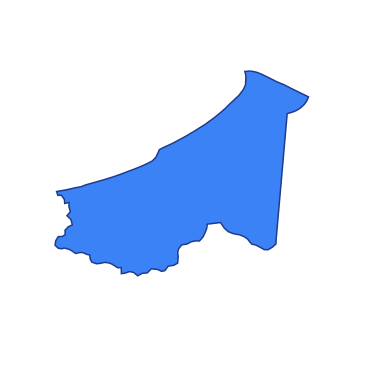 Itapoá, Santa Catarina, Brazil (Natural Earth projection), rotated 244°
{"feature_id": "56859067B97691755303432", "entity_name": "Itapoá", "entity_type": "district", "adm_level": 2, "iso_a3": "BRA", "parent_name": "Brazil", "parent_adm1": "Santa Catarina", "projection": "natural_earth1", "projection_center": [-48.647, -26.082], "detail": "fine", "context": "isolated", "style": "filled", "palette": "blue", "viewbox_px": 384, "rotation_deg": 244, "n_neighbors": 0, "source": "geoboundaries", "source_scale": "gbopen_adm2", "svg_char_len": 1971}
<svg xmlns="http://www.w3.org/2000/svg" viewBox="0 0 384 384"><g transform="rotate(244 192 192)"><path d="M168.0,78.5L167.0,82.7L164.6,86.3L162.2,88.5L159.6,90.1L156.5,92.0L155.1,95.2L152.3,94.0L149.6,92.7L148.4,96.2L147.9,100.9L145.2,104.4L140.5,106.4L140.7,111.7L138.9,116.3L140.8,121.8L137.4,127.2L134.1,129.8L133.2,133.1L135.8,138.0L134.1,143.6L134.4,148.0L137.0,149.5L140.0,151.3L143.8,152.6L146.8,155.0L149.0,159.7L147.4,164.7L147.6,169.5L146.6,173.5L144.7,177.3L146.9,182.4L149.9,186.1L152.5,189.0L156.4,191.7L152.0,204.3L148.1,204.8L145.1,205.3L140.5,207.2L137.0,210.3L134.7,213.1L132.7,216.0L129.1,219.2L125.6,221.3L122.1,222.0L118.8,222.9L116.6,225.9L112.7,228.8L108.5,231.7L106.8,235.0L107.1,239.8L108.5,244.7L112.6,246.9L220.7,311.9L219.8,317.2L219.5,321.2L219.9,326.0L221.5,331.3L223.5,335.0L226.4,338.4L229.3,336.2L233.2,333.1L236.7,330.4L241.3,326.8L247.6,322.1L254.1,316.4L264.3,308.6L267.4,306.1L270.6,303.3L273.1,300.4L275.1,297.5L277.2,292.3L273.7,291.7L270.7,290.3L264.9,287.1L261.6,283.1L259.7,279.4L258.1,276.1L257.0,272.2L255.8,268.6L254.6,264.6L252.6,258.8L251.1,253.3L250.0,248.7L249.0,244.5L248.4,241.1L247.8,237.6L247.1,234.1L246.7,230.8L246.4,227.2L245.8,222.8L245.4,217.1L245.0,213.1L244.7,208.1L244.5,201.7L244.3,196.8L244.3,193.0L244.4,189.3L244.5,185.8L244.4,181.3L241.6,178.0L239.0,174.7L237.3,169.8L237.2,164.1L237.3,159.8L237.5,155.0L237.9,150.1L238.5,144.2L238.8,140.2L239.3,135.2L239.8,130.9L240.2,127.4L240.8,123.8L241.6,118.3L242.7,112.4L243.7,106.6L245.0,99.6L245.4,94.3L246.9,89.4L248.1,84.0L249.5,78.4L250.8,74.0L251.8,70.5L247.8,70.0L246.3,73.2L241.2,74.0L237.5,72.6L236.4,77.0L233.0,75.0L227.6,74.0L225.5,69.2L220.2,71.1L214.9,70.0L215.0,65.6L213.3,61.1L209.2,59.3L208.9,55.8L210.6,52.3L207.9,48.1L204.2,45.6L200.1,47.1L198.2,49.8L197.4,53.0L194.1,56.6L191.0,58.7L187.8,60.4L186.9,64.3L185.3,67.5L182.4,69.8L180.1,72.4L176.3,71.1L172.9,71.2L169.3,74.8L168.0,78.5Z" fill="#3b82f6" stroke="#1e3a8a" stroke-width="1.5"/></g></svg>